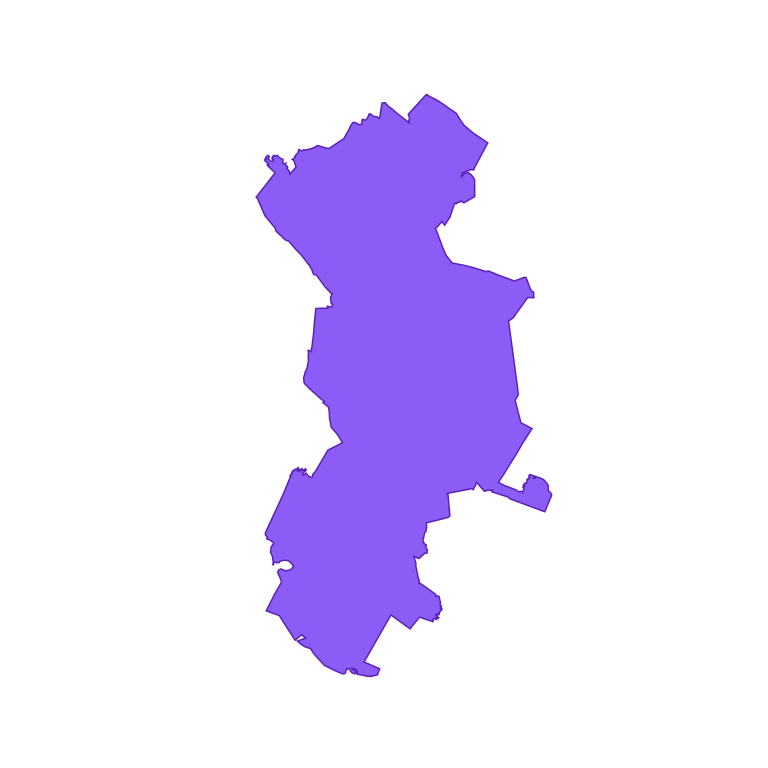 the district of Berriozábal, Chiapas, Mexico, rotated 203°
{"feature_id": "50627088B17025191151258", "entity_name": "Berriozábal", "entity_type": "district", "adm_level": 2, "iso_a3": "MEX", "parent_name": "Mexico", "parent_adm1": "Chiapas", "projection": "albers", "projection_center": [-93.318, 16.872], "detail": "fine", "context": "isolated", "style": "filled", "palette": "violet", "viewbox_px": 768, "rotation_deg": 203, "n_neighbors": 0, "source": "geoboundaries", "source_scale": "gbopen_adm2", "svg_char_len": 6159}
<svg xmlns="http://www.w3.org/2000/svg" viewBox="0 0 768 768"><g transform="rotate(203 384 384)"><path d="M574.7,506.1L572.8,505.2L559.3,492.3L545.4,485.2L543.0,482.5L531.2,478.1L527.4,478.2L518.1,473.6L510.3,470.3L499.3,464.1L499.1,464.5L497.6,462.8L494.9,461.0L493.2,458.7L491.6,457.5L490.4,457.5L489.3,458.2L476.6,450.6L467.3,446.4L467.1,446.9L466.9,446.7L467.1,442.7L463.9,437.3L463.0,437.4L462.3,436.4L462.2,434.5L466.6,433.3L465.3,432.0L466.3,431.3L471.2,429.3L476.2,426.9L475.4,424.2L475.5,424.0L474.7,422.1L472.9,416.0L468.3,402.1L464.8,390.0L464.4,387.4L463.4,385.4L465.3,385.5L467.0,385.2L465.8,383.5L465.1,381.2L462.5,375.7L462.4,374.3L461.3,369.7L461.0,367.2L461.3,365.0L460.9,362.6L460.5,358.7L459.8,357.2L458.1,354.0L456.0,352.7L453.9,352.0L450.2,350.3L449.6,350.4L446.6,349.1L442.1,347.8L439.2,346.6L435.0,345.3L431.8,344.7L433.0,343.0L426.6,341.2L425.8,340.7L423.7,337.3L420.3,330.4L418.2,327.5L415.8,323.6L406.9,319.2L399.3,313.8L409.8,301.2L413.0,276.4L414.3,272.8L413.6,272.3L413.8,270.1L416.3,269.5L417.4,269.7L418.9,270.4L420.9,271.5L422.5,268.6L424.2,269.4L422.0,274.1L422.2,274.7L423.2,275.3L423.9,273.3L426.0,272.1L425.5,273.7L426.7,274.0L428.7,270.0L430.1,270.6L429.1,272.4L430.3,273.5L431.5,271.0L432.0,271.2L432.6,269.9L433.0,270.0L434.1,268.0L433.4,267.9L434.4,265.6L433.6,265.3L434.8,262.9L433.9,262.5L433.7,243.1L434.9,205.7L434.9,200.0L433.8,198.4L431.5,197.5L431.5,195.6L428.0,195.8L423.4,194.6L423.1,193.8L423.9,191.9L424.1,189.7L422.7,184.7L419.4,181.7L416.4,176.9L415.5,173.6L415.2,175.0L415.5,176.3L415.2,177.2L414.2,177.6L412.7,177.5L410.9,178.5L410.5,180.1L409.4,181.2L405.7,183.4L402.3,183.9L397.6,182.0L396.0,180.5L397.0,177.3L399.6,174.7L402.6,173.4L404.9,173.6L406.9,173.3L408.3,171.5L408.4,169.5L407.0,167.7L405.2,166.3L400.9,161.7L402.5,148.5L403.8,129.2L389.9,129.9L366.6,114.0L365.6,113.5L361.9,121.0L356.9,119.4L363.3,113.5L358.3,111.8L354.1,111.2L347.9,111.7L345.3,109.6L341.8,107.6L329.0,101.7L315.9,100.9L309.6,101.0L307.8,101.5L307.0,102.2L306.6,103.2L307.0,105.0L307.0,106.5L306.7,107.1L306.9,107.5L306.6,107.8L303.9,107.6L301.1,105.8L297.6,105.7L297.1,106.3L297.0,107.5L297.7,108.4L301.6,109.2L302.8,109.6L300.7,110.3L297.7,109.9L296.2,108.9L296.0,108.1L296.2,108.3L295.9,107.8L295.7,106.9L294.9,106.3L288.8,107.9L287.3,107.9L283.7,108.9L280.6,110.5L276.4,113.8L276.7,120.2L293.7,120.3L287.4,174.1L264.3,168.8L262.5,175.7L260.1,183.3L246.2,184.3L246.1,185.2L246.9,185.1L246.8,187.6L243.5,187.8L243.3,188.7L245.2,188.5L245.1,189.4L242.3,189.6L242.4,190.4L244.5,190.2L244.0,191.0L244.1,191.9L246.2,191.7L246.2,192.6L244.0,192.7L243.8,193.6L243.3,193.6L243.4,194.4L243.8,194.5L243.6,195.3L243.9,195.3L242.5,199.2L242.9,199.4L242.9,200.0L242.7,200.0L243.9,200.3L244.0,199.6L244.6,199.7L244.4,202.1L246.1,202.5L246.6,204.0L246.3,204.4L250.2,209.8L251.5,210.1L253.2,208.8L254.3,210.6L271.9,214.5L273.9,213.9L274.1,214.4L273.9,215.6L277.7,220.3L283.7,229.0L284.6,231.5L287.1,234.4L288.9,237.1L285.4,236.9L283.6,237.0L280.1,244.6L278.3,245.1L279.1,247.0L279.1,248.0L279.3,248.4L280.7,249.0L281.3,249.5L282.3,252.4L282.6,252.6L283.6,252.5L285.3,252.7L285.3,253.7L286.6,254.6L287.2,255.3L287.3,256.5L287.5,256.9L287.2,258.0L287.7,258.9L288.5,263.2L287.8,264.7L287.8,265.4L288.0,265.4L288.8,268.8L290.8,272.7L272.9,286.2L272.4,287.5L271.8,288.3L282.0,307.4L283.4,307.6L284.0,307.4L262.3,321.9L260.7,321.5L260.2,325.4L260.3,329.6L249.6,324.5L246.9,326.7L242.6,328.6L242.7,326.9L231.0,327.9L226.1,328.5L222.8,327.5L186.1,329.2L186.2,347.2L188.3,349.2L191.1,350.0L193.0,354.3L194.2,355.6L199.6,358.3L204.1,358.6L207.6,358.0L208.2,356.1L209.8,355.9L209.1,358.1L210.9,357.9L214.3,357.8L214.3,357.1L214.8,356.5L214.6,355.7L213.9,355.4L213.9,355.1L213.1,354.9L214.3,353.4L215.0,351.7L214.6,351.6L214.4,351.7L214.5,351.5L214.3,349.1L214.0,348.3L215.3,348.1L216.1,346.8L216.1,346.5L215.5,345.7L214.6,345.3L215.1,344.3L216.0,344.5L215.7,343.4L215.7,343.1L214.4,342.9L214.2,342.2L214.4,338.9L214.1,338.4L215.4,338.8L217.1,338.1L218.0,337.3L220.7,338.0L224.2,338.0L234.0,337.6L240.3,338.2L238.6,347.1L234.6,373.0L233.3,383.7L230.3,400.8L242.8,401.8L257.0,420.3L256.1,426.5L262.0,436.8L293.9,490.6L291.0,495.4L285.5,519.7L279.8,522.0L282.2,527.1L283.7,527.0L285.9,528.2L294.8,537.4L296.2,537.3L304.3,529.7L320.4,529.0L332.3,528.8L333.7,527.4L348.3,525.9L356.2,524.6L368.6,522.0L377.4,526.9L382.7,532.0L394.4,544.3L397.4,547.3L396.1,550.0L394.1,556.2L390.2,553.9L388.5,563.6L389.6,577.7L388.9,578.3L388.3,578.0L387.8,578.3L387.0,580.0L386.7,580.4L385.4,580.9L384.9,582.0L383.8,582.8L382.7,582.2L381.3,582.0L373.7,591.9L380.3,607.2L382.3,608.9L386.0,610.9L389.4,611.6L392.5,608.7L393.6,604.5L394.5,608.9L391.1,612.3L387.7,615.3L385.0,616.1L385.3,617.1L385.1,619.3L382.7,646.5L399.5,649.7L411.2,653.3L416.4,656.5L423.1,661.3L441.4,665.2L445.4,665.9L456.5,666.7L456.5,667.1L458.2,667.0L467.1,641.7L464.2,638.6L464.2,636.8L464.0,635.7L462.7,634.2L478.3,638.4L484.6,640.5L488.1,641.2L492.9,643.4L495.6,641.8L491.9,627.1L492.9,626.7L494.2,627.2L499.1,626.3L499.7,626.4L501.0,627.3L502.9,627.1L503.2,626.3L503.1,622.6L503.5,621.1L504.0,620.0L504.5,619.5L505.3,619.4L506.4,619.5L507.4,619.0L507.2,617.7L506.5,616.1L506.3,615.0L506.8,613.7L508.1,613.0L512.5,613.4L513.8,613.1L514.9,612.5L515.7,608.1L515.6,605.3L516.8,594.3L526.6,579.3L527.5,579.3L530.0,578.0L530.2,578.5L538.5,577.5L540.8,574.2L543.4,571.8L544.0,571.5L546.3,569.5L549.9,567.9L550.6,566.5L552.4,566.3L553.9,566.8L553.7,564.2L553.8,562.5L555.1,558.7L554.4,558.1L554.9,556.8L556.2,554.9L554.5,554.6L553.8,554.0L549.8,549.4L552.7,540.3L554.5,543.0L557.9,544.7L557.4,546.1L561.0,547.8L560.8,548.6L561.4,548.0L562.2,547.6L563.1,547.9L563.5,547.6L564.5,550.8L565.0,551.4L567.1,551.2L570.6,552.1L571.3,552.8L572.4,551.8L573.2,551.3L573.4,551.3L574.1,551.8L575.2,550.6L575.4,548.1L574.5,548.1L574.5,547.2L574.0,547.2L574.0,547.5L573.7,547.6L573.0,546.0L575.2,544.7L577.5,545.7L578.4,545.7L578.6,549.0L580.5,548.9L580.7,546.5L581.9,546.9L581.2,546.2L580.8,545.3L581.1,545.4L581.6,543.6L581.4,543.2L576.8,541.7L576.9,541.4L575.9,540.9L576.2,540.4L576.8,540.6L577.0,540.4L575.8,539.8L576.2,539.4L566.7,535.8L574.7,506.1Z" fill="#8b5cf6" stroke="#5b21b6" stroke-width="1.5"/></g></svg>